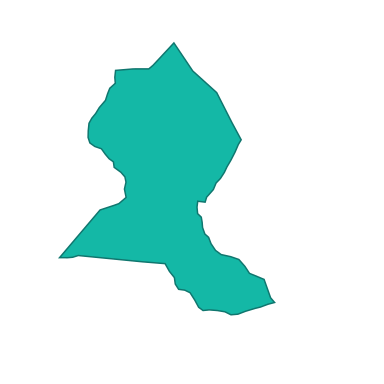 Rosário do Catete, Sergipe, Brazil (Albers equal-area conic projection), rotated 29°
{"feature_id": "56859067B61621053518768", "entity_name": "Rosário do Catete", "entity_type": "district", "adm_level": 2, "iso_a3": "BRA", "parent_name": "Brazil", "parent_adm1": "Sergipe", "projection": "albers", "projection_center": [-37.028, -10.681], "detail": "fine", "context": "isolated", "style": "filled", "palette": "teal", "viewbox_px": 384, "rotation_deg": 29, "n_neighbors": 0, "source": "geoboundaries", "source_scale": "gbopen_adm2", "svg_char_len": 1215}
<svg xmlns="http://www.w3.org/2000/svg" viewBox="0 0 384 384"><g transform="rotate(29 192 192)"><path d="M103.9,70.4L96.5,100.1L94.5,105.3L81.0,112.8L66.2,122.7L68.9,129.1L72.2,134.1L69.8,141.1L70.5,146.7L71.9,153.8L70.0,163.0L69.7,170.1L68.6,176.0L68.6,181.8L71.6,188.8L74.7,194.7L78.9,198.6L84.9,199.3L91.8,198.1L98.1,201.1L103.4,203.1L108.6,203.7L112.0,208.2L120.2,209.2L126.0,211.3L129.5,215.4L131.5,222.2L137.0,228.7L133.7,237.6L130.2,241.6L125.1,247.1L120.3,252.3L108.0,313.6L115.0,309.8L119.3,306.9L123.3,302.7L182.2,277.2L203.2,267.7L210.8,272.4L218.1,275.4L222.0,280.6L227.5,283.6L233.1,281.4L239.1,281.0L247.0,285.3L253.7,289.6L259.1,290.3L264.3,286.7L271.8,283.3L278.9,280.8L285.6,280.5L291.4,276.6L296.6,270.4L303.7,263.1L307.6,259.5L312.8,253.4L317.8,248.6L312.0,246.4L297.4,233.5L281.7,235.3L274.3,231.4L265.7,228.3L257.2,229.8L247.8,232.6L240.9,231.7L233.7,228.0L228.5,223.6L223.6,222.5L218.5,218.0L215.5,213.5L212.3,209.5L207.4,208.2L203.7,202.8L201.5,197.3L208.4,194.5L207.3,189.4L209.5,179.5L208.7,172.5L210.3,166.4L210.8,159.2L210.4,153.1L210.6,145.4L210.3,136.1L209.5,128.0L209.7,122.5L193.2,111.9L165.4,93.1L134.0,85.8L103.9,70.4Z" fill="#14b8a6" stroke="#0f766e" stroke-width="1.5"/></g></svg>